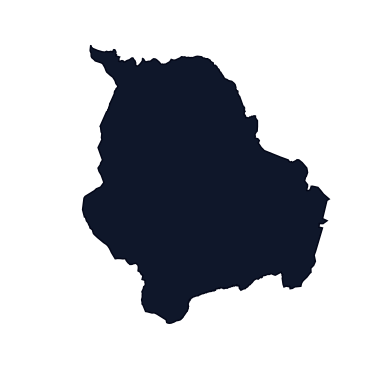 Salciua, Alba, Romania, rotated 16°
{"feature_id": "2599482B68238246130084", "entity_name": "Salciua", "entity_type": "district", "adm_level": 2, "iso_a3": "ROU", "parent_name": "Romania", "parent_adm1": "Alba", "projection": "albers", "projection_center": [23.391, 46.392], "detail": "fine", "context": "isolated", "style": "filled", "palette": "ink", "viewbox_px": 384, "rotation_deg": 16, "n_neighbors": 0, "source": "geoboundaries", "source_scale": "gbopen_adm2", "svg_char_len": 5931}
<svg xmlns="http://www.w3.org/2000/svg" viewBox="0 0 384 384"><g transform="rotate(16 192 192)"><path d="M306.6,257.9L308.5,256.5L311.1,256.3L311.8,255.7L312.4,256.6L312.9,256.9L313.0,257.2L312.7,257.3L313.0,257.9L315.1,256.9L317.0,254.8L322.6,252.6L322.4,250.0L322.6,248.6L323.2,246.7L325.9,242.1L327.6,237.7L328.5,236.4L327.2,232.6L328.9,229.3L329.1,229.2L329.7,224.6L326.8,219.1L327.1,214.9L327.3,190.6L323.6,190.8L323.1,187.2L326.6,186.3L329.7,182.4L324.8,181.6L324.0,162.9L325.8,161.0L318.9,157.8L315.5,155.3L311.8,152.9L308.3,153.1L305.9,153.3L305.5,153.5L305.1,153.7L305.3,154.0L305.1,154.6L305.0,156.4L304.7,157.6L304.2,158.1L303.3,158.7L301.8,158.9L301.5,156.9L301.5,154.8L301.0,153.1L297.2,150.4L297.0,146.6L297.5,145.4L297.7,141.4L295.7,137.3L289.8,133.4L285.8,131.7L284.7,132.0L284.1,132.0L283.3,133.2L280.2,136.0L279.3,135.4L278.3,136.1L277.1,136.0L275.7,134.7L267.2,134.1L250.0,132.3L246.2,130.1L242.2,126.7L242.5,124.0L240.6,122.7L238.8,122.8L237.4,122.5L237.5,121.1L236.6,119.5L237.0,117.1L237.8,115.5L236.8,110.9L235.2,105.4L232.7,103.4L232.0,101.5L230.6,101.7L229.3,102.8L228.7,102.7L227.9,103.7L226.9,104.0L226.4,104.9L225.4,105.5L224.4,105.3L223.2,105.8L222.9,104.9L222.1,104.3L222.2,104.0L221.4,103.3L220.9,103.4L220.6,103.1L220.6,102.5L220.4,102.1L220.5,101.5L220.2,100.6L220.7,100.0L220.0,99.5L220.0,98.9L219.7,98.8L219.6,98.4L219.0,97.8L219.0,97.4L219.4,96.9L219.0,96.3L218.5,96.1L218.0,95.4L217.1,95.2L216.6,94.3L211.4,87.0L210.7,86.7L208.5,84.3L208.6,83.2L208.1,82.3L206.9,82.2L205.5,80.6L205.4,79.5L203.8,76.9L202.4,75.9L199.7,74.7L196.5,74.9L194.5,74.2L192.8,74.2L191.0,73.2L190.3,72.2L188.6,70.9L186.6,69.0L185.6,68.7L184.1,66.8L182.3,66.0L181.3,64.7L179.5,63.8L178.3,64.2L177.3,63.5L176.8,62.1L175.0,61.7L173.6,61.1L173.2,60.4L170.2,59.6L168.3,60.2L167.1,59.9L165.4,60.2L164.1,59.4L160.0,60.0L158.6,60.6L155.5,62.8L154.6,62.9L152.9,63.5L151.3,63.6L149.7,64.4L147.9,64.1L146.7,64.6L144.6,64.9L143.7,66.3L139.5,69.9L137.6,70.4L135.5,70.3L134.8,72.9L131.3,76.5L130.1,76.8L129.0,77.4L128.4,77.2L127.1,77.9L124.7,76.2L121.8,74.8L120.3,74.3L118.5,74.5L117.5,75.5L116.3,77.4L115.3,78.1L113.9,78.5L112.0,79.6L111.0,79.6L108.8,77.6L107.8,77.3L107.7,77.5L108.2,79.2L107.7,81.2L106.3,84.3L104.8,86.2L103.9,86.2L102.9,85.3L102.1,84.5L102.4,84.1L102.3,83.5L101.0,81.6L99.3,80.6L98.6,79.7L98.1,79.5L97.1,79.9L95.5,82.1L93.3,83.6L92.4,84.5L92.0,85.2L91.6,85.5L90.5,85.7L90.1,85.1L88.5,85.0L87.7,85.4L86.9,86.5L85.4,86.3L85.5,85.4L84.8,84.1L85.2,82.2L81.3,82.2L81.1,81.8L81.5,80.9L80.8,80.5L80.3,79.8L80.4,78.7L79.8,77.8L78.6,76.6L77.7,76.7L77.4,77.0L77.1,79.2L75.2,79.2L74.5,79.7L73.5,80.0L72.8,80.5L71.2,80.3L70.4,80.9L70.0,81.5L67.2,82.0L62.3,82.0L57.1,81.4L55.2,80.4L54.8,79.4L54.3,79.4L55.0,83.6L55.3,84.5L56.8,86.4L57.7,89.3L58.7,90.5L61.4,91.7L62.8,92.6L68.6,92.8L69.9,93.0L70.8,93.3L74.0,96.4L75.8,98.9L77.0,100.2L81.1,102.2L84.2,103.4L87.3,106.1L89.1,108.8L91.1,110.2L91.7,111.0L91.2,112.7L90.6,113.6L90.6,115.0L90.0,116.0L89.9,117.3L90.3,118.9L89.0,128.2L88.6,129.8L88.9,131.7L88.7,133.7L89.0,135.2L88.4,135.7L88.5,137.5L87.8,138.5L85.6,154.3L86.3,154.9L88.1,159.3L89.2,160.3L90.0,164.8L91.0,166.3L89.5,175.2L97.2,185.9L96.2,189.5L96.5,190.6L95.1,194.9L97.0,197.8L100.0,200.6L104.7,207.1L102.8,212.5L99.2,215.3L97.9,217.6L90.5,225.7L89.9,227.6L91.7,239.1L95.5,245.6L96.1,245.3L96.8,246.0L98.5,248.8L100.4,250.1L101.0,250.8L101.7,251.8L103.2,253.3L103.9,254.7L106.6,255.7L108.6,258.9L109.8,259.8L114.0,261.9L121.1,265.0L123.7,265.8L125.6,266.7L127.8,268.5L129.7,270.5L131.3,272.4L136.6,277.3L138.9,276.3L141.8,275.6L143.8,275.3L146.1,274.5L146.8,274.7L147.6,275.9L150.1,277.7L151.8,278.4L152.2,278.7L153.6,278.3L154.6,277.8L155.1,277.3L157.3,276.1L158.1,276.1L160.0,277.1L160.6,277.7L161.4,279.7L161.9,282.7L164.1,283.2L166.1,285.3L167.6,285.6L168.0,286.9L168.1,289.8L169.9,289.8L171.3,290.0L171.6,291.6L172.4,293.0L172.7,294.2L172.6,295.1L171.7,296.4L171.9,298.6L171.4,301.7L172.4,303.3L172.5,304.4L173.2,306.7L173.3,309.5L174.6,312.0L174.9,313.4L176.1,314.2L180.3,319.6L182.1,319.4L186.9,319.3L188.8,318.6L189.8,318.6L192.0,319.0L202.4,322.0L203.7,324.4L204.9,324.6L206.4,324.4L208.1,323.7L210.8,321.7L212.3,320.1L214.4,319.1L216.0,318.0L216.3,317.5L216.6,317.2L216.6,316.5L217.3,316.0L217.3,315.4L217.8,314.9L218.2,313.0L218.5,312.5L219.9,308.2L220.2,308.0L220.4,304.6L219.9,303.4L220.2,302.9L219.6,302.0L219.6,301.6L219.2,301.2L219.0,299.8L219.3,299.2L218.9,298.7L219.3,298.0L219.2,297.5L219.8,297.0L219.9,296.5L219.2,296.0L219.3,295.8L219.9,295.6L220.3,295.0L220.5,294.1L221.1,293.7L221.6,293.1L221.8,292.7L223.5,291.6L224.2,290.9L226.8,289.8L227.4,288.7L227.9,288.6L228.1,288.1L228.6,288.0L229.7,286.8L230.5,286.8L231.2,286.2L232.0,285.7L233.0,284.7L233.6,284.8L234.0,284.3L234.0,284.0L234.5,283.9L235.3,283.5L235.7,283.1L235.8,282.6L236.5,282.8L236.8,282.5L237.2,282.5L237.7,281.9L238.1,282.1L238.4,281.9L238.4,281.5L238.7,281.2L239.6,281.1L239.6,280.8L240.4,280.9L240.5,280.2L241.6,279.9L241.6,278.8L242.4,278.1L243.5,277.8L243.8,277.2L244.4,276.8L244.7,277.1L245.2,277.1L245.8,275.9L246.2,276.0L247.7,275.8L248.2,276.0L248.2,275.5L248.3,275.4L249.5,276.0L249.9,275.7L249.9,275.3L250.3,275.1L250.8,275.2L251.4,274.9L252.3,274.8L252.7,274.5L252.8,274.1L254.5,272.9L255.2,272.7L256.0,271.7L257.0,271.5L256.8,270.8L257.1,270.3L258.5,270.7L259.0,270.1L259.6,269.8L260.3,269.8L260.3,268.8L260.6,268.6L260.8,269.0L260.7,269.4L262.2,269.6L262.9,269.0L263.4,269.4L263.8,270.8L264.2,271.6L266.1,272.9L266.7,272.2L267.5,271.7L267.9,271.1L269.9,270.1L270.3,269.0L271.5,267.9L272.4,265.7L273.4,264.9L273.9,263.6L274.6,262.6L275.7,259.9L277.5,257.7L279.8,257.4L280.4,256.3L281.2,255.2L282.3,255.2L282.6,255.0L283.0,254.3L282.8,253.6L282.9,253.2L283.1,253.0L285.6,251.8L287.1,250.4L289.2,249.8L289.8,249.3L290.1,248.8L290.5,248.6L294.2,249.0L295.1,248.9L299.7,244.4L301.0,246.0L302.0,246.4L301.6,247.2L302.5,248.6L302.5,250.0L305.0,255.6L306.6,257.9Z" fill="#0f172a" stroke="#020617" stroke-width="1.5"/></g></svg>